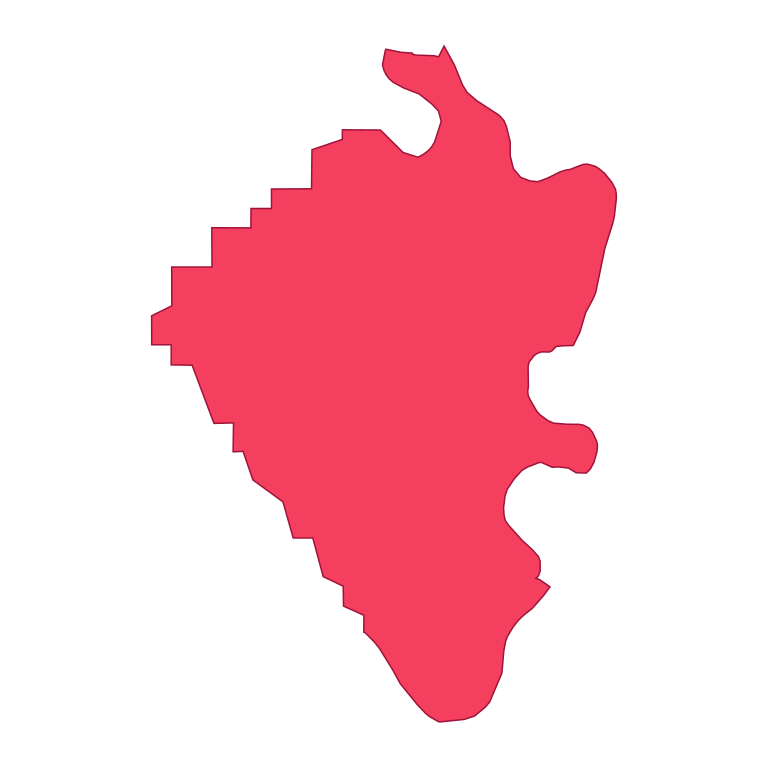 Mississippi, Missouri, United States of America
{"feature_id": "52423323B58480998069013", "entity_name": "Mississippi", "entity_type": "district", "adm_level": 2, "iso_a3": "USA", "parent_name": "United States of America", "parent_adm1": "Missouri", "projection": "robinson", "projection_center": [-89.235, 36.818], "detail": "fine", "context": "isolated", "style": "filled", "palette": "rose", "viewbox_px": 768, "rotation_deg": 0, "n_neighbors": 0, "source": "geoboundaries", "source_scale": "gbopen_adm2", "svg_char_len": 2177}
<svg xmlns="http://www.w3.org/2000/svg" viewBox="0 0 768 768"><path d="M151.6,315.8L151.7,344.8L171.2,344.8L171.2,364.9L192.1,365.2L214.0,423.4L233.5,422.9L233.1,451.8L243.1,451.4L252.9,479.9L283.0,501.9L293.2,538.0L312.8,538.0L323.2,576.6L343.2,586.2L343.5,606.1L363.9,615.3L363.8,632.3L364.7,632.3L374.2,641.8L379.4,648.4L392.6,669.7L400.2,683.6L417.5,704.9L425.5,713.3L429.5,716.6L438.5,721.7L440.3,721.9L464.4,719.4L474.6,716.0L485.5,707.0L489.8,701.7L501.9,673.1L503.8,651.0L505.7,641.0L507.4,636.6L513.0,627.2L518.3,620.4L523.2,615.6L532.7,608.0L532.8,607.9L543.9,595.1L550.0,586.8L539.3,579.4L535.9,578.5L538.5,575.8L540.2,571.0L540.1,561.2L538.5,556.7L532.6,550.0L522.1,540.3L509.1,525.9L505.3,520.5L504.0,515.1L503.6,507.6L505.0,496.3L507.2,489.4L514.1,479.0L521.9,470.4L527.4,467.1L538.9,462.6L541.3,462.4L552.3,467.3L558.1,466.9L568.5,468.1L576.0,472.7L581.7,473.0L586.4,473.0L590.5,468.8L594.0,462.2L596.9,451.9L597.5,445.4L596.6,441.1L592.6,432.5L589.3,428.3L589.2,428.2L583.3,425.1L578.5,424.3L566.4,424.2L553.5,423.1L548.0,420.7L539.6,414.5L536.7,411.1L532.3,403.5L529.7,398.9L528.2,395.4L527.7,391.4L528.4,386.6L528.1,366.8L528.9,362.5L530.0,360.9L534.1,355.6L537.4,353.3L541.4,351.9L549.5,352.0L551.9,350.9L556.1,346.5L562.5,345.8L573.3,345.5L579.9,332.1L585.7,312.6L593.3,298.3L595.8,292.2L604.8,248.6L612.8,223.2L614.3,216.7L616.4,198.2L616.2,193.5L615.5,189.3L611.9,182.4L604.6,173.3L598.5,168.3L594.9,166.2L587.4,164.1L583.2,164.4L578.8,166.0L570.0,169.5L566.4,169.9L560.0,171.9L546.9,178.4L537.8,181.7L529.9,180.9L520.7,177.4L513.4,168.7L510.2,155.7L510.2,142.0L506.4,126.4L503.8,120.5L499.2,115.3L476.6,100.6L467.1,92.4L462.5,84.9L454.4,65.0L444.1,46.1L438.6,56.7L433.6,55.7L416.0,55.1L412.6,54.3L412.4,53.1L401.0,52.3L385.9,49.2L385.2,50.9L382.5,64.9L384.0,70.4L386.2,74.8L389.1,78.7L392.9,82.1L404.1,88.2L419.0,93.9L431.6,103.8L438.5,111.0L441.2,121.4L434.6,142.0L431.6,147.0L428.0,150.9L422.8,154.7L418.0,157.2L403.1,152.5L380.4,130.0L342.4,129.8L342.3,139.4L312.0,149.7L311.5,188.8L271.5,189.0L271.5,208.5L251.0,208.5L250.9,227.9L211.8,227.7L212.0,267.0L171.7,267.0L171.8,305.8L151.6,315.8Z" fill="#f43f5e" stroke="#9f1239" stroke-width="1.5"/></svg>